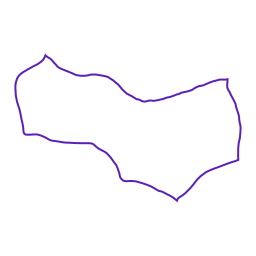 Keren, Anseba, Eritrea (Mercator projection)
{"feature_id": "51966322B84678224414542", "entity_name": "Keren", "entity_type": "district", "adm_level": 2, "iso_a3": "ERI", "parent_name": "Eritrea", "parent_adm1": "Anseba", "projection": "mercator", "projection_center": [38.411, 15.802], "detail": "fine", "context": "isolated", "style": "outline", "palette": "violet", "viewbox_px": 256, "rotation_deg": 0, "n_neighbors": 0, "source": "geoboundaries", "source_scale": "gbopen_adm2", "svg_char_len": 2999}
<svg xmlns="http://www.w3.org/2000/svg" viewBox="0 0 256 256"><path d="M238.5,114.2L237.3,110.7L236.8,109.1L236.0,106.6L235.6,104.2L235.0,102.7L234.1,101.0L233.3,99.4L231.1,95.3L229.5,91.9L228.4,90.2L227.6,88.5L227.3,87.5L227.2,86.5L227.2,85.0L227.3,83.8L227.4,81.7L227.5,79.3L225.3,79.6L222.2,79.6L219.5,79.6L217.2,80.3L213.2,81.3L210.6,82.2L208.3,83.1L203.8,85.1L200.9,85.9L199.1,86.1L196.9,87.0L194.7,88.1L193.7,88.8L191.5,90.2L190.6,90.4L187.6,91.4L183.8,92.2L181.2,92.8L178.7,94.1L176.4,94.5L174.7,95.4L172.9,95.9L171.3,96.6L169.4,97.1L166.8,97.6L164.8,98.3L162.8,99.1L160.1,99.6L157.9,100.1L157.3,100.3L155.0,100.6L153.3,100.9L151.3,100.5L149.7,100.5L148.1,100.8L146.4,101.4L144.1,101.6L141.8,101.1L140.2,100.1L138.5,99.4L136.7,99.2L134.0,97.6L132.2,96.4L126.9,93.7L124.3,91.4L122.9,90.0L121.7,88.8L120.7,87.5L118.1,84.4L116.7,83.4L114.3,81.3L112.6,80.0L110.7,78.8L108.2,77.1L105.7,76.3L102.7,75.7L99.3,75.1L97.0,74.7L95.0,74.5L93.1,74.5L90.4,74.7L88.1,75.3L85.6,75.7L82.3,75.8L80.2,75.7L78.4,75.4L76.8,75.2L75.0,74.6L72.3,73.3L67.9,71.5L63.3,69.7L60.1,68.3L58.1,67.1L57.1,66.2L56.4,65.3L55.3,64.0L53.9,62.6L51.6,59.9L50.1,58.5L48.8,57.8L47.3,56.9L45.4,55.3L44.7,57.2L43.9,58.5L43.4,59.3L42.8,60.1L41.9,61.0L40.3,62.3L38.3,63.7L37.0,64.5L33.7,66.1L30.0,68.2L26.9,69.9L25.1,71.0L23.8,71.7L22.6,72.6L21.1,73.6L20.1,74.4L19.4,75.2L18.5,76.2L17.7,77.4L16.9,79.2L16.3,81.0L15.6,83.8L15.4,86.0L15.4,89.0L15.6,91.3L15.8,95.4L16.7,100.1L17.5,103.2L18.5,106.3L19.2,108.4L20.1,112.0L20.8,115.6L21.7,120.2L22.5,123.4L23.1,126.9L23.3,128.9L23.4,130.5L23.5,131.3L23.6,132.1L23.9,133.0L24.4,133.7L25.0,134.2L25.8,134.6L27.0,134.7L28.1,134.7L29.6,134.7L31.6,134.6L34.2,134.4L36.0,134.4L36.7,134.4L37.6,134.6L38.6,134.8L41.7,135.8L44.4,137.0L47.7,138.8L49.0,139.6L49.9,140.0L50.8,140.3L51.7,140.5L52.9,140.8L54.9,141.0L60.7,141.9L62.7,142.3L65.7,142.6L70.9,142.8L73.9,143.0L77.1,143.1L81.2,143.2L85.9,143.2L88.3,143.2L91.1,143.4L92.1,143.6L93.2,144.1L94.7,145.3L95.7,146.3L96.9,147.3L97.7,147.9L98.9,148.8L102.6,150.7L104.7,151.8L105.5,152.3L106.8,153.3L108.3,154.9L109.1,155.7L111.1,158.1L112.8,160.5L114.3,162.6L114.7,163.1L115.8,164.4L116.2,165.0L117.6,168.2L118.5,170.8L119.4,173.5L119.8,175.8L120.0,176.7L120.3,177.3L120.8,178.2L121.5,179.1L122.3,179.8L123.3,180.6L124.1,180.9L125.2,181.1L126.0,181.2L126.5,181.2L129.7,181.0L132.6,181.0L136.0,181.4L142.4,183.2L147.0,184.8L150.8,186.3L153.5,187.8L156.5,189.6L158.8,190.9L160.9,191.3L161.6,191.5L163.9,192.5L167.3,194.4L170.0,195.7L172.3,197.0L173.1,197.5L177.0,200.7L177.4,199.3L178.2,198.3L179.3,197.3L180.4,196.6L182.1,195.6L185.4,193.1L188.1,190.3L190.9,187.5L193.5,184.3L197.1,179.6L200.8,176.0L203.2,174.3L205.2,172.7L207.7,171.3L209.6,170.5L211.7,169.5L215.5,168.1L218.7,167.0L222.8,165.4L227.0,163.8L231.6,162.2L235.0,161.2L238.3,159.9L238.1,155.9L238.2,151.9L238.2,148.3L238.7,143.3L239.9,137.6L240.3,133.5L240.6,128.7L240.5,126.4L240.1,124.3L239.7,122.7L239.2,119.4L239.1,117.1L238.5,114.2Z" fill="none" stroke="#5b21b6" stroke-width="2"/></svg>